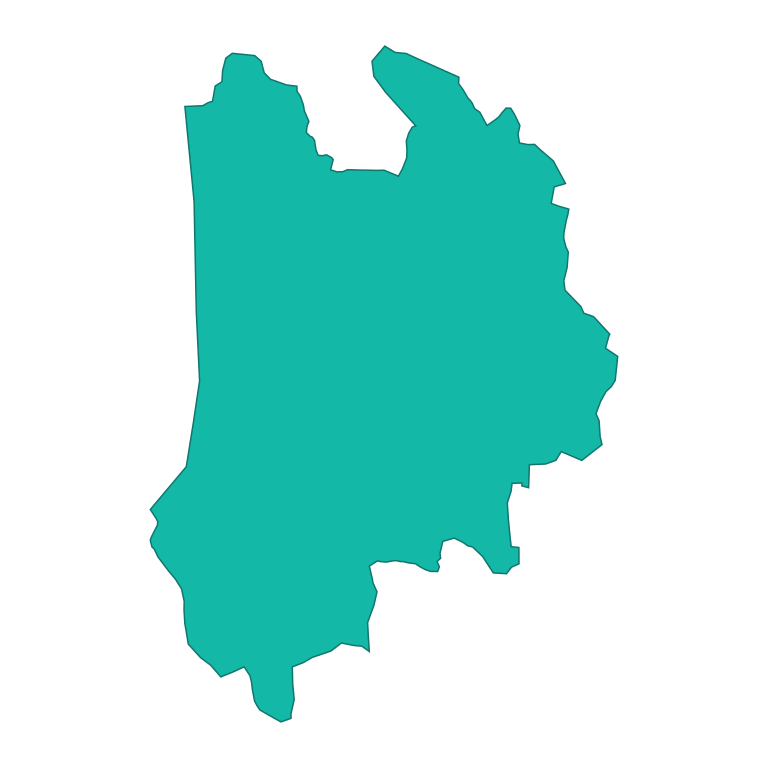 Yewa North, Ogun, Nigeria (Natural Earth projection)
{"feature_id": "59680162B21216344152794", "entity_name": "Yewa North", "entity_type": "district", "adm_level": 2, "iso_a3": "NGA", "parent_name": "Nigeria", "parent_adm1": "Ogun", "projection": "natural_earth1", "projection_center": [2.929, 7.092], "detail": "fine", "context": "isolated", "style": "filled", "palette": "teal", "viewbox_px": 768, "rotation_deg": 0, "n_neighbors": 0, "source": "geoboundaries", "source_scale": "gbopen_adm2", "svg_char_len": 2568}
<svg xmlns="http://www.w3.org/2000/svg" viewBox="0 0 768 768"><path d="M184.9,106.5L194.1,201.8L196.3,312.1L199.6,380.8L193.3,423.0L186.3,466.7L150.3,509.5L156.3,518.7L157.7,521.6L157.5,524.9L151.3,537.1L150.3,540.1L151.1,543.7L152.0,547.0L154.3,549.2L158.0,557.0L168.7,571.1L175.3,579.0L181.5,588.8L184.2,601.3L184.0,609.7L184.8,623.2L188.3,644.1L200.6,657.7L210.7,665.2L220.8,676.9L233.9,671.6L244.1,666.8L249.9,675.6L251.4,681.5L252.4,689.7L254.6,701.1L256.9,705.5L259.9,710.0L273.3,717.7L281.0,721.9L291.0,718.3L291.0,713.7L294.2,699.6L292.7,683.5L292.3,666.9L303.3,662.6L312.2,657.4L331.0,651.0L341.4,643.0L354.0,645.5L361.8,646.2L369.3,651.5L368.3,636.2L367.6,622.5L374.0,605.1L377.0,591.8L373.0,582.9L372.4,579.2L369.3,566.1L377.4,560.9L380.5,561.6L386.4,562.1L393.1,560.8L396.2,560.6L400.5,561.6L403.3,561.6L405.6,562.2L408.7,562.9L415.3,563.7L420.4,567.0L425.3,569.6L430.6,571.4L437.7,571.5L439.4,566.8L437.1,561.5L440.6,558.3L440.0,553.3L442.8,541.4L454.2,538.1L463.0,542.4L468.0,545.9L472.6,547.0L482.6,556.5L493.3,572.9L506.5,573.7L511.6,567.1L519.0,563.8L518.9,547.5L511.2,546.7L509.9,535.1L508.4,519.8L507.3,502.9L511.0,491.6L512.1,483.3L521.8,483.0L521.9,485.9L528.6,487.7L529.4,464.7L545.7,464.0L555.9,460.3L561.2,451.6L581.8,460.4L602.0,444.6L600.1,436.6L599.1,420.8L596.0,413.7L600.6,401.4L605.9,391.7L611.4,386.5L615.2,380.4L617.7,356.4L605.5,348.3L608.9,335.9L609.8,334.2L593.5,316.6L583.8,313.2L580.9,306.6L565.0,290.2L563.8,280.8L567.1,267.6L568.3,252.1L565.8,246.6L563.7,238.2L564.0,232.3L566.3,220.4L567.9,214.3L568.8,209.1L558.7,206.2L551.2,203.4L554.2,186.9L565.5,183.5L553.3,160.9L540.9,150.3L534.6,144.4L528.0,144.6L519.5,143.0L518.0,134.2L519.9,125.5L514.3,114.0L510.7,108.2L506.1,108.1L502.0,112.7L498.9,116.8L495.5,119.6L487.0,125.5L479.8,112.2L474.8,108.8L472.1,103.0L470.4,100.6L467.9,98.0L463.2,89.9L458.6,83.6L458.9,77.2L417.6,58.8L406.2,53.5L395.0,52.4L384.8,46.1L372.0,61.2L373.9,76.4L385.6,92.3L415.7,125.8L412.3,127.1L408.7,133.2L406.3,141.0L407.0,150.7L406.6,158.2L402.2,169.3L398.4,176.2L384.1,170.2L376.4,170.4L369.1,170.2L361.6,170.1L347.5,169.7L342.8,171.7L337.1,171.9L330.6,169.8L333.2,159.6L331.6,157.6L326.5,154.8L322.4,155.7L318.2,155.4L316.0,149.8L314.5,140.4L312.5,137.3L310.0,136.2L306.4,132.6L306.8,127.9L307.3,125.4L308.9,121.5L306.4,115.6L304.4,111.0L303.3,104.6L300.5,96.6L297.0,91.2L296.9,86.2L286.7,85.0L270.5,79.3L264.2,72.8L261.2,61.3L254.7,55.6L232.3,53.3L225.8,58.2L222.6,70.6L221.9,81.8L215.2,86.0L212.5,101.4L208.5,102.5L202.7,105.7L184.9,106.5Z" fill="#14b8a6" stroke="#0f766e" stroke-width="1.5"/></svg>